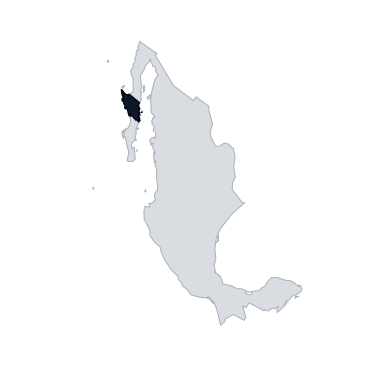 Mulegé, Baja California Sur, Mexico (highlighted), rotated 39°
{"feature_id": "50627088B42796639886072", "entity_name": "Mulegé", "entity_type": "district", "adm_level": 2, "iso_a3": "MEX", "parent_name": "Mexico", "parent_adm1": "Baja California Sur", "projection": "orthographic", "projection_center": [-113.158, 27.203], "detail": "fine", "context": "in_parent", "style": "filled", "palette": "ink", "viewbox_px": 384, "rotation_deg": 39, "n_neighbors": 0, "source": "geoboundaries", "source_scale": "gbopen_adm2", "svg_char_len": 7331}
<svg xmlns="http://www.w3.org/2000/svg" viewBox="0 0 384 384"><g transform="rotate(39 192 192)"><path d="M56.6,107.9L77.8,106.5L76.8,108.6L110.4,120.9L135.5,120.1L135.3,115.5L150.8,114.8L153.7,118.0L165.2,126.3L168.4,133.7L170.6,136.5L181.4,141.7L184.5,139.2L186.4,133.4L189.4,131.9L196.8,132.2L203.6,137.8L208.6,146.2L216.6,153.5L217.5,158.6L221.4,164.6L237.7,168.6L239.7,167.4L236.8,184.3L237.3,203.9L238.5,208.0L243.2,213.1L242.6,216.2L242.6,213.1L238.6,208.8L240.2,213.0L245.3,221.6L253.0,229.4L255.1,234.6L260.5,239.4L259.1,239.5L262.0,240.4L261.0,239.8L266.2,239.7L270.0,241.1L273.5,244.1L281.7,240.1L287.9,238.7L291.8,235.9L296.0,234.7L297.0,235.3L296.8,236.5L300.4,236.6L302.5,234.5L301.6,231.8L300.5,232.7L300.7,232.0L306.5,226.1L306.4,222.2L308.0,219.6L307.2,213.4L307.7,208.5L312.1,204.9L320.2,201.8L323.6,199.4L327.6,198.2L334.5,198.4L334.9,197.2L333.1,197.6L335.3,196.4L338.3,197.8L339.2,200.5L338.4,204.5L335.0,211.1L335.4,214.9L333.5,217.7L334.0,218.4L335.9,217.7L334.2,220.5L334.4,221.5L335.7,220.9L334.3,230.9L333.8,231.9L332.1,230.1L331.3,226.6L329.8,230.7L327.8,231.4L325.9,236.8L322.9,237.3L322.9,239.0L306.2,242.2L306.8,248.0L302.9,248.6L313.1,255.7L313.2,259.0L301.2,261.2L297.6,270.1L299.1,271.9L298.0,277.5L288.4,269.9L280.7,264.9L276.2,263.2L275.7,263.9L280.0,265.3L273.5,264.5L273.8,262.9L272.2,263.8L271.1,262.6L270.1,264.2L272.2,264.6L269.1,265.4L266.1,267.9L256.3,272.6L249.6,270.9L244.1,271.0L240.2,269.0L236.4,268.5L233.9,266.4L224.8,265.5L213.2,261.8L205.6,257.9L202.3,255.0L194.6,254.6L187.2,252.5L182.4,247.7L172.1,243.4L166.5,236.9L164.5,232.7L168.4,230.5L167.6,228.7L165.8,228.3L168.3,224.9L168.4,221.0L166.2,219.8L163.9,216.1L163.8,212.6L162.2,209.6L156.1,204.0L150.7,197.1L142.6,191.4L144.9,192.4L145.0,191.1L140.8,189.9L137.5,185.2L139.7,185.3L133.5,182.2L132.6,180.6L130.3,181.3L130.0,180.6L131.6,178.6L128.7,180.2L126.9,178.8L126.5,175.7L128.5,172.8L129.3,173.3L127.7,170.4L125.7,168.6L123.2,168.8L121.3,164.9L118.2,164.1L116.3,162.5L115.0,159.1L115.7,156.8L110.3,155.9L100.6,145.0L100.0,142.4L98.6,141.6L92.4,128.1L91.9,123.9L92.5,122.6L87.4,120.8L86.2,118.6L84.5,117.9L82.7,119.1L75.8,114.9L77.0,117.6L76.1,122.7L77.7,126.8L78.9,134.5L86.1,141.4L88.4,146.0L89.5,145.8L90.0,147.2L91.1,147.4L92.1,150.3L94.1,151.3L95.4,157.5L99.2,160.6L100.5,164.1L102.2,165.2L103.6,169.4L105.1,170.4L104.2,167.3L106.3,169.1L109.0,178.6L111.5,181.3L114.9,188.1L114.5,191.0L115.2,193.6L118.1,196.0L119.0,193.5L127.2,202.3L126.6,205.6L123.5,208.2L121.8,208.5L118.2,201.2L105.5,191.5L104.4,191.7L101.8,188.6L101.2,186.5L101.9,181.8L100.7,177.4L98.8,174.3L92.8,170.5L91.5,166.7L90.4,168.3L87.4,169.0L85.2,166.4L79.6,163.8L78.7,161.5L74.6,158.3L74.2,157.2L78.5,157.9L81.0,157.0L81.0,158.0L83.1,159.0L82.3,156.5L81.3,156.3L83.3,151.2L75.3,141.5L68.7,137.1L67.6,135.0L67.6,131.4L66.0,130.2L65.5,126.2L63.5,124.4L63.2,122.0L60.4,118.1L59.9,116.3L60.9,115.2L58.9,113.6L56.6,107.9ZM100.2,145.2L99.6,147.6L97.4,146.8L98.2,143.1L99.5,142.7L100.2,145.2ZM91.5,144.7L88.4,142.0L87.6,139.3L89.2,140.2L89.5,141.7L91.1,142.1L91.5,144.7ZM339.1,209.4L338.3,208.8L338.4,207.6L340.2,206.3L339.1,209.4ZM102.0,191.6L99.7,189.1L100.9,183.9L100.6,188.6L102.0,191.6ZM73.0,154.8L71.3,154.4L72.5,151.7L73.2,153.7L73.0,154.8ZM45.2,144.9L43.8,143.1L44.1,142.3L44.6,142.4L45.2,144.9ZM103.9,191.7L105.2,193.7L102.4,191.8L103.9,191.7ZM155.9,220.5L155.7,221.4L154.9,221.1L154.5,219.7L155.9,220.5ZM115.7,186.3L116.3,187.8L114.7,185.9L115.7,186.3ZM110.0,176.0L110.9,176.6L109.7,178.1L110.0,176.0ZM113.7,251.7L113.1,251.9L112.2,251.3L112.9,250.5L113.7,251.7ZM299.0,234.2L297.5,234.8L300.0,233.5L299.0,234.2ZM123.5,195.0L122.7,194.9L122.5,193.4L123.5,195.0Z" fill="#d9dde1" stroke="#a8b0b8" stroke-width="1"/><path d="M81.9,155.6L81.3,156.2L81.2,156.5L81.3,156.8L81.0,157.1L80.9,157.0L80.7,157.0L80.3,157.3L80.2,157.4L80.1,157.5L79.5,157.8L79.1,158.0L78.8,157.8L78.7,157.9L78.2,158.0L77.9,157.9L77.6,157.9L77.2,157.8L77.1,157.7L76.9,157.6L76.7,157.6L76.2,157.6L75.9,157.5L75.9,157.4L75.6,157.4L75.4,157.3L75.2,157.3L74.8,157.4L74.5,157.3L74.4,157.3L74.3,157.1L74.0,157.0L73.9,157.1L74.0,157.4L74.1,157.7L74.2,157.8L74.2,158.1L74.3,158.2L74.3,158.3L74.5,158.5L74.5,158.4L74.9,158.5L75.1,158.7L75.1,158.8L75.3,159.0L75.7,159.2L75.7,159.3L75.8,159.4L75.8,159.5L76.0,159.4L76.2,159.5L76.5,159.7L76.7,160.0L76.8,160.4L76.8,160.5L77.0,160.6L77.4,160.7L77.5,160.7L77.8,160.9L77.9,161.0L78.2,161.0L78.4,161.3L78.5,161.3L78.7,161.5L78.8,161.6L79.0,161.7L79.1,161.9L79.2,162.4L79.2,162.9L79.2,163.1L79.2,163.3L79.2,163.5L79.3,163.8L79.5,163.7L79.7,163.9L79.7,164.0L79.8,164.3L79.8,164.2L79.8,164.3L80.0,164.2L80.3,164.4L80.6,164.4L80.7,164.5L80.8,164.6L80.9,164.8L81.0,164.6L81.4,164.5L82.0,164.6L82.5,164.9L82.8,165.2L83.1,165.6L83.2,165.9L83.3,166.0L83.5,166.3L83.8,166.4L83.9,166.1L84.2,166.1L84.6,166.2L85.1,166.4L85.5,166.7L85.7,167.0L85.9,167.4L86.1,167.9L86.2,168.2L86.3,168.3L86.6,168.4L86.9,168.6L87.0,168.9L87.3,169.1L87.6,169.2L87.9,169.0L87.9,168.9L88.1,168.7L88.2,168.3L88.6,168.2L89.0,168.1L89.3,168.2L89.8,168.3L90.3,168.7L90.5,169.1L90.4,169.1L90.5,169.2L91.2,169.4L91.4,169.5L91.6,169.6L91.8,169.8L92.2,170.1L92.4,170.2L92.4,170.3L92.7,170.6L93.2,171.0L93.3,171.0L94.0,171.5L95.0,172.3L94.9,172.2L94.7,172.0L95.0,172.1L95.1,171.3L95.1,170.8L95.3,170.9L95.4,171.0L95.6,171.3L95.7,171.2L96.1,171.3L96.1,171.2L96.3,171.0L96.4,171.3L96.4,171.2L96.5,171.2L96.6,171.3L96.7,170.5L97.1,170.5L98.5,170.5L98.8,170.4L99.0,170.4L99.3,170.5L99.5,170.6L99.8,170.7L100.0,170.7L100.2,170.9L100.2,171.0L101.2,171.0L101.3,171.1L101.6,170.9L101.8,170.9L101.8,171.1L101.9,170.9L102.5,171.2L102.7,171.3L102.7,171.1L102.8,171.1L103.0,171.0L103.1,170.9L103.3,170.8L103.5,170.6L103.8,170.7L104.0,170.6L104.2,170.8L104.4,170.8L104.4,170.7L104.5,170.7L104.7,170.8L105.0,170.7L105.3,170.7L105.5,170.6L105.7,170.8L105.8,170.8L105.9,171.0L106.1,170.8L106.4,170.7L106.3,170.3L106.4,170.0L106.3,169.9L106.3,169.5L106.4,169.2L106.2,169.1L105.9,168.9L105.8,168.7L105.6,168.7L105.4,168.4L104.9,168.1L104.8,167.9L104.6,167.6L104.2,167.3L104.2,167.2L103.9,167.1L103.8,167.3L103.7,167.3L103.2,167.6L103.1,167.4L102.8,167.3L102.8,167.2L102.7,167.1L102.4,167.2L102.5,167.1L102.7,166.9L102.5,166.7L102.4,166.7L102.2,166.5L102.1,166.3L102.1,166.1L102.2,165.7L102.4,165.5L102.5,165.3L102.8,165.3L102.7,165.3L102.8,165.2L102.7,165.2L102.3,165.1L102.2,164.8L101.7,164.8L101.6,164.7L101.4,164.7L101.2,164.6L101.0,164.4L100.7,164.3L100.5,164.0L100.3,163.9L100.4,163.6L100.3,163.3L100.2,163.1L100.1,162.8L100.0,162.7L99.8,162.6L99.7,162.4L99.4,162.1L99.5,161.9L99.4,161.7L99.2,161.5L99.3,161.3L99.2,161.2L99.2,160.9L99.2,160.7L98.9,160.3L98.8,160.2L98.6,160.1L98.4,160.0L98.3,159.9L98.2,159.9L97.9,159.8L97.8,159.7L97.7,159.6L97.4,159.5L97.3,159.4L97.2,159.4L96.9,159.4L96.7,159.3L96.7,159.2L96.4,158.9L96.3,158.7L96.1,158.7L95.9,158.5L95.7,158.3L95.7,158.1L95.6,157.9L95.6,157.7L95.4,157.5L95.3,157.4L95.2,157.3L95.1,157.1L95.1,156.8L95.1,156.7L95.1,156.3L95.2,156.0L95.1,155.7L81.9,155.6ZM101.7,163.7L101.4,163.4L101.2,163.6L101.3,163.7L101.4,163.8L101.5,164.1L101.4,164.1L101.5,164.1L101.8,164.0L101.8,163.9L101.8,163.7L101.7,163.7ZM102.7,161.5L102.7,161.8L102.8,161.8L102.9,161.7L102.7,161.5ZM72.8,156.7L72.6,156.6L72.8,156.8L72.9,157.0L73.0,157.1L73.0,156.9L72.8,156.8L72.8,156.7ZM107.6,169.7L107.6,169.8L107.6,169.7Z" fill="#0f172a" stroke="#020617" stroke-width="1.5"/></g></svg>